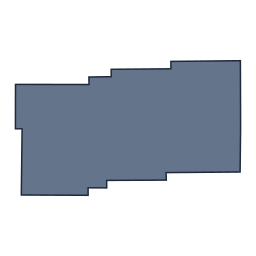 the district of Nance, Nebraska, United States of America
{"feature_id": "52423323B96029767188282", "entity_name": "Nance", "entity_type": "district", "adm_level": 2, "iso_a3": "USA", "parent_name": "United States of America", "parent_adm1": "Nebraska", "projection": "albers", "projection_center": [-98.037, 41.395], "detail": "fine", "context": "isolated", "style": "filled", "palette": "slate", "viewbox_px": 256, "rotation_deg": 0, "n_neighbors": 0, "source": "geoboundaries", "source_scale": "gbopen_adm2", "svg_char_len": 376}
<svg xmlns="http://www.w3.org/2000/svg" viewBox="0 0 256 256"><path d="M15.5,84.4L15.4,128.8L17.2,128.8L22.1,128.8L21.3,195.0L88.1,195.3L88.1,187.8L106.7,187.9L106.7,180.4L166.3,180.1L166.1,172.6L240.1,172.0L240.6,128.2L240.4,60.7L192.1,61.2L170.9,61.4L170.9,68.8L111.2,69.3L111.2,76.7L88.9,77.0L89.0,84.5L15.5,84.4Z" fill="#64748b" stroke="#1e293b" stroke-width="1.5"/></svg>